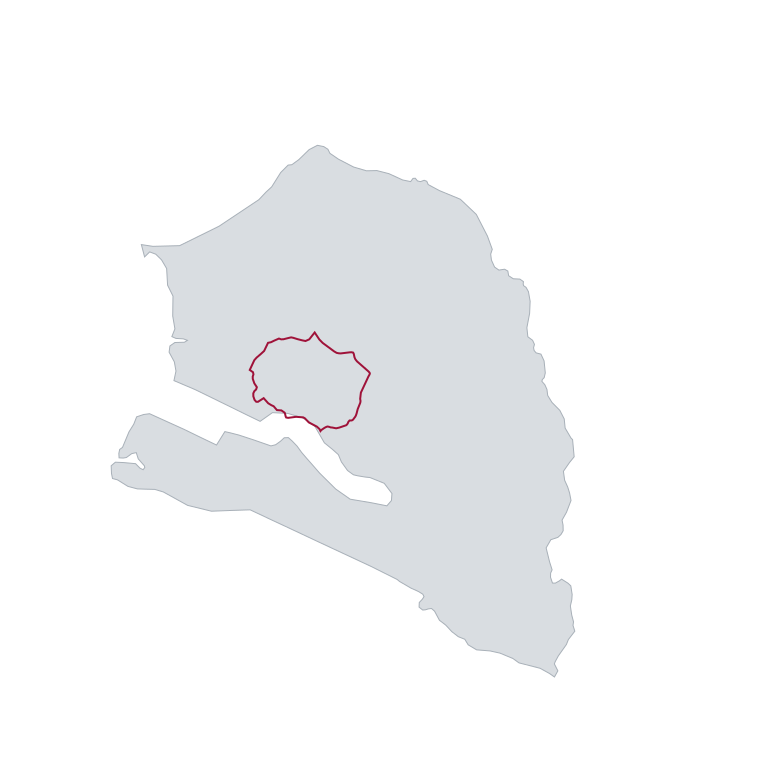 Kaffrine on a map of Senegal (Albers equal-area conic projection), rotated 25°
{"feature_id": "SEN-5516", "entity_name": "Kaffrine", "entity_type": "Region", "adm_level": 1, "iso_a3": "SEN", "parent_name": "Senegal", "parent_adm1": "", "projection": "albers", "projection_center": [-15.14, 14.22], "detail": "fine", "context": "in_parent", "style": "outline", "palette": "rose", "viewbox_px": 768, "rotation_deg": 25, "n_neighbors": 0, "source": "natural_earth", "source_scale": "10m", "svg_char_len": 4379}
<svg xmlns="http://www.w3.org/2000/svg" viewBox="0 0 768 768"><g transform="rotate(25 384 384)"><path d="M578.4,354.7L587.1,369.6L585.3,376.8L583.5,387.3L588.4,394.9L594.1,399.8L598.2,404.3L602.7,410.5L603.6,423.1L602.9,432.1L605.9,436.2L608.4,441.3L608.0,445.6L606.4,449.5L601.0,454.6L600.2,464.0L609.2,475.2L614.9,481.4L614.9,484.9L616.6,488.8L620.8,493.2L623.4,492.1L626.1,488.4L627.4,485.8L635.0,486.8L638.6,488.0L643.5,495.3L645.4,500.2L646.7,506.4L651.8,514.1L656.3,519.5L657.3,522.9L661.4,527.4L659.1,537.7L659.4,543.0L656.9,556.8L656.5,563.3L656.7,565.7L662.8,570.5L662.3,577.5L656.1,576.4L645.5,575.7L624.2,579.7L616.8,578.3L602.8,578.9L592.9,581.1L580.3,585.8L570.5,584.8L565.1,581.2L558.1,581.6L550.2,579.8L541.8,576.4L534.1,574.7L525.8,568.5L521.9,567.4L519.2,569.1L516.9,571.2L514.6,572.5L510.1,571.4L508.3,567.1L509.7,562.9L510.1,559.8L508.0,558.1L502.9,557.5L494.8,557.6L481.6,556.4L478.6,555.6L449.2,554.8L418.7,554.8L392.8,554.8L360.2,554.7L337.3,554.7L315.9,554.6L299.3,563.0L281.4,572.2L257.3,577.0L229.6,575.1L220.8,576.4L211.6,580.4L204.8,583.3L195.2,585.0L182.9,583.5L177.9,584.4L174.8,580.2L171.3,573.4L173.6,568.4L181.1,565.3L192.5,561.2L198.4,563.4L201.9,563.5L202.5,560.8L201.4,559.4L192.9,555.7L188.5,550.9L184.8,553.7L181.6,559.5L179.0,561.3L175.1,562.9L173.0,558.9L172.1,555.0L173.8,552.0L173.1,535.1L174.2,526.2L173.7,518.3L179.1,513.2L184.1,510.0L203.9,509.8L222.3,509.6L240.0,509.9L258.0,510.1L259.9,494.4L265.5,493.2L274.1,491.6L290.0,489.7L307.7,487.9L311.5,484.8L314.4,479.6L316.3,474.9L320.0,473.0L324.9,474.5L331.4,477.0L338.2,480.8L345.9,484.3L351.0,486.5L363.4,492.0L384.6,499.6L402.0,502.7L423.0,496.9L438.1,493.2L440.0,486.5L437.5,479.9L426.2,473.9L410.9,474.7L406.2,476.3L399.0,478.3L394.7,479.2L387.5,477.8L378.3,472.6L372.5,467.3L364.4,464.9L354.8,462.5L339.4,451.7L331.4,449.7L323.8,449.2L309.3,451.3L295.0,457.1L287.5,470.2L273.2,470.0L243.0,469.4L215.2,468.9L192.2,469.7L190.0,460.2L184.6,452.5L175.8,446.0L173.9,440.0L176.9,434.8L185.5,430.5L187.4,427.5L183.0,427.9L176.2,430.6L171.7,430.7L171.2,422.4L163.8,411.7L155.6,393.5L146.1,385.9L138.2,371.2L129.9,365.5L122.3,362.8L115.8,363.3L113.3,370.0L105.2,360.2L116.4,356.9L140.3,345.0L167.9,310.6L192.7,269.8L195.9,260.1L198.9,252.8L201.0,236.0L204.6,226.1L207.8,224.2L212.0,216.6L217.1,203.2L222.8,195.8L229.1,194.3L234.0,195.0L237.5,197.8L247.8,199.5L264.8,200.2L278.0,198.2L287.3,193.6L299.5,191.3L314.7,191.2L322.6,189.3L323.4,185.4L325.4,184.3L328.5,185.8L331.5,185.2L334.3,182.4L337.1,182.2L339.8,184.6L352.5,185.3L375.1,184.3L396.0,191.3L415.2,206.2L425.2,216.2L425.8,221.2L429.0,226.3L434.8,231.3L440.0,232.2L444.8,229.0L448.5,229.3L451.2,233.2L456.7,234.0L462.8,231.5L467.1,232.3L467.9,234.6L469.0,235.9L471.9,236.4L475.9,239.3L481.5,247.3L486.1,258.4L489.7,272.6L494.4,280.4L500.2,281.6L503.6,284.5L504.2,287.9L505.9,290.2L508.7,291.5L513.6,290.6L519.3,295.4L525.5,305.8L526.5,310.6L525.6,313.1L526.0,314.9L530.1,316.7L534.0,320.1L537.2,325.2L544.0,329.7L554.5,333.6L562.1,339.5L566.8,347.4L576.4,354.0L578.4,354.7Z" fill="#d9dde1" stroke="#a8b0b8" stroke-width="1"/><path d="M346.3,453.5L344.6,452.1L341.2,451.0L332.1,450.6L326.7,448.5L324.8,448.4L318.2,450.9L311.4,455.2L309.5,455.7L308.7,455.1L306.9,452.8L306.1,452.0L302.2,451.3L298.0,452.9L293.4,450.8L290.8,450.8L287.2,450.4L280.9,447.7L279.0,450.7L277.3,453.4L275.7,454.1L273.4,453.1L270.8,450.4L269.5,447.7L269.5,445.3L270.4,443.0L270.1,440.6L266.2,438.2L262.9,434.8L261.9,432.8L261.6,430.4L260.3,428.7L256.4,428.0L256.4,423.3L256.4,417.2L257.4,413.9L259.7,408.8L261.4,404.7L261.5,395.7L263.9,393.9L266.0,391.3L269.6,387.2L271.9,387.0L274.0,385.9L278.2,382.5L280.1,381.0L282.2,380.5L286.6,379.9L291.4,379.0L294.7,378.2L297.4,375.1L299.4,366.6L306.6,371.0L311.1,372.7L324.9,375.5L327.9,375.8L330.0,375.3L331.8,374.6L339.7,369.7L341.3,368.9L342.8,368.6L343.9,369.5L346.0,372.3L347.6,373.7L350.0,374.9L364.7,379.2L366.1,379.8L366.7,380.4L366.9,381.5L366.8,382.6L366.7,384.0L366.7,401.6L368.7,407.6L369.9,409.3L370.4,411.0L370.8,418.0L371.6,422.2L371.8,424.0L371.8,425.6L371.0,429.4L370.6,430.1L370.2,430.6L369.4,431.1L368.6,431.4L368.2,431.6L367.7,433.4L367.8,435.0L367.6,436.2L367.4,436.8L367.2,437.3L361.9,442.4L359.7,444.1L359.3,444.4L355.2,445.4L354.3,445.8L353.8,445.9L352.6,446.0L351.5,446.2L350.6,446.5L349.3,447.9L348.3,449.4L346.6,452.3L346.3,453.5Z" fill="none" stroke="#9f1239" stroke-width="2"/></g></svg>